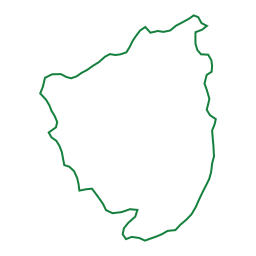 Senador José Bento, Minas Gerais, Brazil (Mercator projection)
{"feature_id": "56859067B70195017635128", "entity_name": "Senador José Bento", "entity_type": "district", "adm_level": 2, "iso_a3": "BRA", "parent_name": "Brazil", "parent_adm1": "Minas Gerais", "projection": "mercator", "projection_center": [-46.142, -22.156], "detail": "fine", "context": "isolated", "style": "outline", "palette": "green", "viewbox_px": 256, "rotation_deg": 0, "n_neighbors": 0, "source": "geoboundaries", "source_scale": "gbopen_adm2", "svg_char_len": 1342}
<svg xmlns="http://www.w3.org/2000/svg" viewBox="0 0 256 256"><path d="M180.5,224.6L186.3,219.7L191.5,214.3L195.7,207.2L198.9,199.9L202.6,192.1L206.1,185.3L209.2,179.0L211.1,172.2L212.2,163.1L214.0,156.5L213.4,145.6L212.7,138.0L212.1,130.5L214.6,124.3L215.8,119.1L210.0,115.2L206.7,109.8L208.2,104.0L209.4,98.9L206.9,90.3L204.5,83.5L206.7,74.9L211.6,71.8L212.1,66.1L211.4,60.3L208.2,54.7L201.0,54.3L197.4,50.1L195.5,43.9L195.4,37.9L195.5,32.2L202.1,29.7L206.9,25.9L201.5,23.1L198.2,17.1L193.7,15.4L188.9,18.8L182.1,22.5L176.0,25.7L170.2,30.5L163.3,31.9L157.8,31.0L150.4,32.7L145.3,27.0L140.1,30.5L135.8,36.2L132.7,40.8L129.8,46.8L126.3,52.4L120.2,54.4L115.2,55.0L109.9,54.1L105.0,56.7L98.9,62.1L92.8,65.9L87.3,69.8L81.4,73.0L76.7,76.3L71.2,78.3L66.4,77.0L60.9,74.1L52.1,74.3L45.0,77.8L42.9,86.7L40.2,93.4L46.1,99.8L49.4,105.4L51.4,110.5L54.8,116.3L57.2,122.0L56.0,127.3L48.7,132.5L51.4,137.3L56.3,140.8L59.5,146.0L61.9,152.2L63.0,158.5L64.3,165.1L69.3,166.7L74.0,171.1L77.2,178.1L78.6,184.4L79.4,190.6L86.5,189.2L92.0,188.7L96.5,194.7L100.0,199.5L103.2,204.3L106.0,210.1L112.6,213.2L121.6,212.1L130.0,209.2L137.4,209.9L135.3,216.6L128.2,222.9L123.9,228.3L122.7,234.3L126.0,239.1L131.7,236.9L139.3,238.0L145.0,240.6L150.7,238.5L156.4,236.5L161.7,234.3L167.6,230.9L175.4,230.1L180.5,224.6Z" fill="none" stroke="#15803d" stroke-width="2"/></svg>